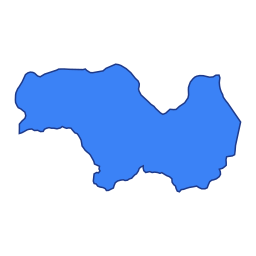 outline of Igarapava, São Paulo, Brazil
{"feature_id": "56859067B81849499213917", "entity_name": "Igarapava", "entity_type": "district", "adm_level": 2, "iso_a3": "BRA", "parent_name": "Brazil", "parent_adm1": "São Paulo", "projection": "robinson", "projection_center": [-47.694, -20.068], "detail": "fine", "context": "isolated", "style": "filled", "palette": "blue", "viewbox_px": 256, "rotation_deg": 0, "n_neighbors": 0, "source": "geoboundaries", "source_scale": "gbopen_adm2", "svg_char_len": 2516}
<svg xmlns="http://www.w3.org/2000/svg" viewBox="0 0 256 256"><path d="M85.3,69.0L83.0,69.6L69.4,69.3L64.1,69.0L61.7,69.0L58.7,69.1L56.5,70.2L44.7,74.1L40.2,76.8L37.6,76.0L34.6,73.2L32.8,72.4L30.3,72.1L27.8,72.9L25.5,74.6L22.2,81.8L19.2,86.7L17.7,88.8L16.0,92.7L15.6,94.8L15.4,99.9L15.6,102.6L17.2,106.0L18.3,107.7L20.8,108.9L24.9,112.2L25.8,115.8L24.9,118.4L21.9,121.1L19.4,124.1L19.4,128.6L19.3,133.5L21.7,132.8L24.0,131.6L27.2,129.8L29.0,129.3L31.8,129.0L34.4,130.5L37.7,130.3L40.5,131.6L43.2,131.4L44.4,129.3L46.4,128.3L49.0,127.6L51.5,128.2L53.8,128.2L57.0,128.8L60.5,127.9L62.2,126.5L64.3,127.5L66.5,128.3L68.7,127.9L71.0,128.2L72.5,130.1L74.8,132.8L77.3,133.7L78.8,135.9L80.1,138.2L81.1,140.2L81.6,142.9L82.1,146.0L83.6,148.0L85.1,150.2L87.1,152.0L88.9,153.4L90.3,154.9L91.7,157.4L93.0,159.7L93.9,161.5L94.5,164.0L97.3,165.3L99.5,166.3L99.0,169.0L100.0,170.9L98.5,172.8L96.6,172.5L94.1,173.9L93.3,181.1L94.1,183.5L96.2,184.0L97.7,186.1L99.9,187.0L103.2,187.6L105.3,188.7L106.4,190.5L108.5,190.4L111.3,189.0L113.4,188.0L114.1,185.5L115.3,182.7L117.6,181.0L120.8,180.1L123.3,179.8L125.0,180.5L127.4,180.2L129.4,178.9L131.7,178.2L133.0,176.7L134.7,174.9L136.5,173.8L138.3,171.0L139.2,168.5L140.7,167.1L143.2,165.9L143.2,168.2L143.8,170.7L145.7,172.5L149.8,171.6L152.1,172.5L154.7,172.1L157.6,172.5L160.0,173.3L161.8,172.6L164.5,174.3L166.9,175.7L169.5,176.7L171.9,178.8L172.1,182.2L173.7,184.6L175.5,186.1L176.1,188.5L177.3,191.1L179.4,191.8L181.3,189.6L183.6,189.3L186.4,188.3L189.5,187.4L193.1,186.8L196.7,186.1L199.0,187.6L201.7,188.8L205.0,188.8L207.2,187.8L208.2,185.0L209.7,181.7L211.7,180.2L213.6,179.8L216.4,178.8L219.2,176.7L220.5,174.3L220.3,171.6L219.3,169.2L222.5,168.3L224.5,166.8L226.2,165.3L226.2,162.5L226.0,159.7L226.6,156.8L228.5,156.4L232.3,155.9L234.6,154.7L235.1,150.8L235.5,145.5L240.6,122.0L227.8,103.3L225.7,100.7L224.3,98.7L223.2,97.0L222.7,94.8L221.1,91.6L220.1,88.6L219.6,86.1L219.3,82.8L219.5,80.6L219.9,77.9L219.0,75.1L215.9,75.2L213.1,76.9L209.6,77.2L203.2,75.7L199.7,75.6L196.8,76.2L194.7,77.2L192.8,79.0L190.4,82.0L189.4,84.6L188.5,87.4L188.4,89.7L188.6,94.9L188.0,97.9L184.7,102.8L181.8,104.8L179.4,106.4L176.2,109.4L173.7,109.6L170.0,109.3L165.7,113.2L162.9,114.3L160.5,113.0L155.6,108.4L154.0,106.4L150.8,104.2L148.0,101.4L141.0,94.9L139.1,91.2L138.5,89.0L139.1,86.4L139.3,83.9L138.1,81.0L135.2,78.2L130.8,72.7L126.1,68.6L120.9,65.5L118.3,64.6L115.6,64.2L106.1,68.3L103.0,70.9L92.7,72.7L90.2,72.6L86.7,70.4L85.3,69.0Z" fill="#3b82f6" stroke="#1e3a8a" stroke-width="1.5"/></svg>